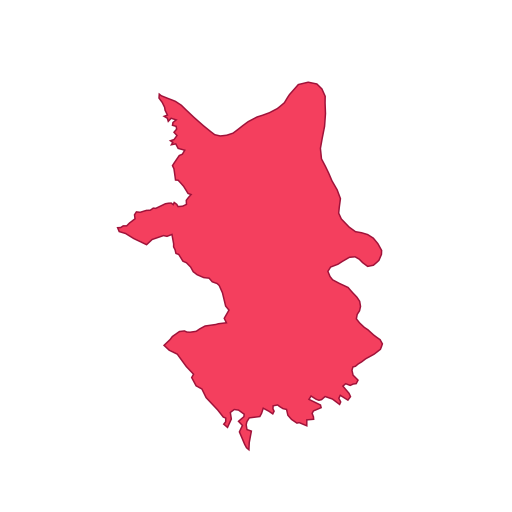 Garruchos, Rio Grande do Sul, Brazil, rotated 112°
{"feature_id": "56859067B12655775892146", "entity_name": "Garruchos", "entity_type": "district", "adm_level": 2, "iso_a3": "BRA", "parent_name": "Brazil", "parent_adm1": "Rio Grande do Sul", "projection": "robinson", "projection_center": [-55.522, -28.246], "detail": "fine", "context": "isolated", "style": "filled", "palette": "rose", "viewbox_px": 512, "rotation_deg": 112, "n_neighbors": 0, "source": "geoboundaries", "source_scale": "gbopen_adm2", "svg_char_len": 3473}
<svg xmlns="http://www.w3.org/2000/svg" viewBox="0 0 512 512"><g transform="rotate(112 256 256)"><path d="M332.9,114.9L330.1,121.4L326.0,124.2L322.6,124.6L321.0,122.5L317.8,120.8L314.6,118.4L310.2,115.8L302.6,109.6L295.9,105.7L293.2,105.7L290.1,105.9L287.1,109.6L286.2,113.5L285.1,117.6L283.5,121.9L282.5,124.5L281.6,128.9L279.3,134.8L276.7,139.4L272.3,140.3L268.0,139.5L263.6,140.2L259.2,142.9L256.4,147.0L253.7,152.9L252.1,156.1L250.7,158.8L250.4,164.3L250.2,168.4L249.4,176.0L247.3,179.7L243.3,183.6L238.3,182.7L232.9,176.9L228.5,173.8L222.2,168.9L219.6,163.8L220.3,159.0L222.2,154.7L223.8,148.6L220.6,143.7L216.8,141.7L214.0,140.4L207.5,140.3L203.8,141.6L199.0,147.5L195.5,153.9L194.3,160.5L194.9,166.9L196.2,172.9L194.3,180.5L189.7,190.8L185.3,195.4L179.4,197.1L171.2,199.2L164.3,205.5L157.8,213.8L152.1,219.5L146.9,225.2L141.4,231.7L138.9,233.0L132.1,236.6L122.1,238.7L110.1,241.0L98.0,244.9L88.2,249.3L82.0,251.7L76.4,257.5L73.7,264.0L75.3,272.7L81.2,281.0L83.8,281.9L93.7,285.4L97.1,286.1L103.3,287.1L108.8,290.0L111.4,291.5L118.1,297.2L123.1,302.7L126.7,307.1L134.4,313.6L140.1,317.1L145.7,320.3L150.7,323.3L155.0,328.4L158.1,334.1L159.0,339.7L157.8,344.1L154.9,353.6L150.7,365.5L146.7,375.7L144.2,381.7L142.8,388.7L142.8,391.9L142.9,396.4L142.9,403.9L142.2,406.3L145.9,405.1L148.8,400.4L152.4,396.4L154.9,394.9L158.5,390.9L160.9,393.5L161.5,389.8L164.0,387.8L160.1,386.3L159.7,381.0L163.3,383.0L166.1,382.4L165.7,378.6L168.1,377.1L172.0,378.4L173.9,374.4L178.7,375.6L181.2,378.5L181.8,375.7L184.5,376.1L182.1,372.4L185.4,368.5L184.6,361.7L189.2,362.4L191.6,364.8L199.8,366.6L203.5,367.3L205.8,364.8L208.0,363.5L212.5,360.9L215.7,359.1L214.9,356.6L216.3,353.6L218.5,349.2L223.5,342.4L223.3,339.2L226.9,340.5L230.5,341.5L234.2,339.8L237.3,342.7L239.4,346.8L237.8,348.8L237.0,351.9L239.4,352.0L238.7,354.4L239.9,357.0L241.5,359.6L244.7,362.5L249.4,366.8L250.1,369.2L253.2,371.2L254.7,374.6L256.6,377.0L258.9,379.8L259.9,383.4L263.3,384.1L266.8,382.1L272.7,385.6L276.5,387.2L277.8,390.4L280.3,392.1L281.6,394.9L284.6,392.0L284.0,385.3L285.6,376.0L286.5,361.7L279.6,358.5L271.7,349.4L271.1,345.9L267.5,342.0L275.6,336.9L278.4,335.8L280.5,333.4L283.6,331.2L283.5,328.2L288.2,321.8L288.3,318.0L290.7,312.5L294.1,308.3L295.4,303.6L295.6,296.4L294.1,291.2L296.3,286.9L296.1,281.7L297.1,279.1L302.7,273.3L313.8,265.4L316.3,260.8L325.7,262.1L329.0,258.4L332.9,265.5L334.5,267.5L340.0,277.0L344.6,280.8L348.2,283.2L351.4,288.6L352.4,291.5L352.3,294.3L354.7,298.7L362.0,303.4L365.5,304.3L373.3,307.8L375.9,301.1L376.5,292.2L384.6,279.2L389.0,269.6L392.8,270.1L398.8,262.9L399.6,256.3L406.0,249.2L413.1,233.8L417.6,226.0L417.6,223.3L421.1,222.0L424.0,222.9L425.6,218.2L416.4,217.8L410.7,221.2L406.5,218.7L405.4,214.5L407.1,207.7L409.5,207.0L415.8,210.3L418.2,205.1L425.3,205.5L434.9,195.9L437.3,193.0L438.3,190.0L431.4,192.4L420.1,194.7L420.3,199.4L416.1,201.9L413.0,202.4L408.6,201.6L403.4,192.3L399.7,191.9L394.4,192.3L395.1,185.9L396.1,181.3L393.1,181.1L391.4,183.0L388.5,184.0L386.0,180.2L386.7,177.8L387.4,173.8L386.8,170.2L391.7,166.8L394.2,161.9L395.6,155.5L394.3,153.5L394.4,145.3L388.9,147.5L385.8,141.4L383.6,142.5L380.9,145.0L378.1,144.7L372.2,138.8L370.0,140.4L369.1,153.2L365.2,152.5L366.3,146.7L366.2,143.6L364.6,141.4L360.4,139.3L360.0,131.5L362.3,122.9L359.6,122.8L356.9,125.9L353.6,125.7L355.2,116.8L351.0,115.7L348.5,118.3L344.1,126.7L340.8,125.0L340.7,120.2L338.3,117.9L336.8,115.3L332.9,114.9Z" fill="#f43f5e" stroke="#9f1239" stroke-width="1.5"/></g></svg>